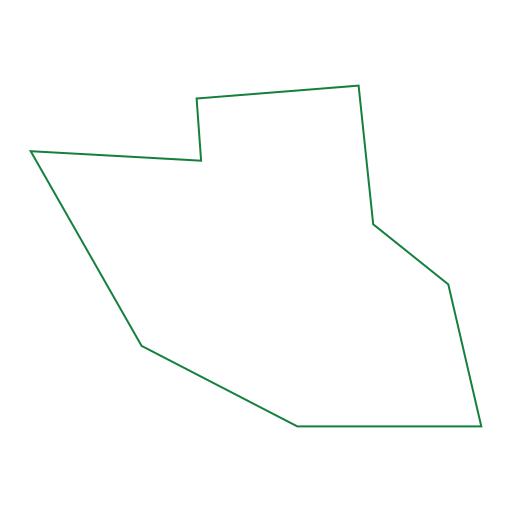 an SVG outline of Takamaka
{"feature_id": "SYC-5220", "entity_name": "Takamaka", "entity_type": "state/province", "adm_level": 1, "iso_a3": "SYC", "parent_name": "Seychelles", "parent_adm1": "", "projection": "albers", "projection_center": [55.519, -4.787], "detail": "fine", "context": "isolated", "style": "outline", "palette": "green", "viewbox_px": 512, "rotation_deg": 0, "n_neighbors": 0, "source": "natural_earth", "source_scale": "10m", "svg_char_len": 243}
<svg xmlns="http://www.w3.org/2000/svg" viewBox="0 0 512 512"><path d="M358.6,85.6L373.2,224.3L448.3,284.4L481.3,426.4L297.3,426.4L141.6,345.9L30.7,151.2L201.1,160.7L196.6,98.5L358.6,85.6Z" fill="none" stroke="#15803d" stroke-width="2"/></svg>